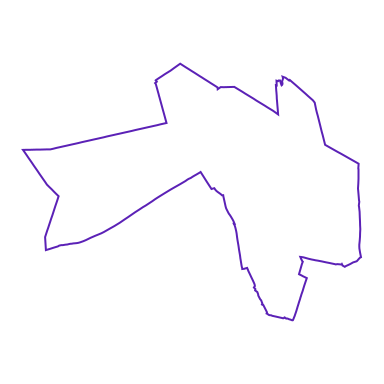 Coyotepec, México, Mexico (orthographic projection)
{"feature_id": "50627088B26424362645018", "entity_name": "Coyotepec", "entity_type": "district", "adm_level": 2, "iso_a3": "MEX", "parent_name": "Mexico", "parent_adm1": "México", "projection": "orthographic", "projection_center": [-99.22, 19.786], "detail": "fine", "context": "isolated", "style": "outline", "palette": "violet", "viewbox_px": 384, "rotation_deg": 0, "n_neighbors": 0, "source": "geoboundaries", "source_scale": "gbopen_adm2", "svg_char_len": 5844}
<svg xmlns="http://www.w3.org/2000/svg" viewBox="0 0 384 384"><path d="M267.0,312.3L266.6,313.5L267.7,314.0L268.3,314.6L268.8,314.9L269.8,315.2L271.2,315.3L272.2,315.8L275.9,316.6L278.5,317.2L282.0,318.0L283.1,318.3L283.5,318.2L283.8,318.1L284.1,317.8L284.5,317.4L284.8,317.5L285.1,317.9L285.8,318.4L286.4,318.6L286.8,318.4L287.1,318.5L287.9,318.7L288.4,318.9L289.2,319.3L290.0,319.5L290.5,319.6L291.3,320.0L291.9,320.2L292.6,320.3L292.9,320.2L293.1,319.6L293.3,319.2L293.6,318.7L294.0,317.4L294.4,316.7L296.0,312.0L296.5,310.5L296.9,309.0L297.1,308.6L297.3,307.7L298.5,303.9L299.0,302.2L300.1,298.9L300.4,297.7L300.8,296.5L301.0,296.0L301.1,295.5L301.5,294.2L302.0,292.8L302.5,291.4L302.6,291.1L303.0,289.8L303.1,289.4L303.3,288.8L303.4,288.4L303.6,287.8L304.2,285.8L304.4,285.2L306.8,278.1L302.9,276.2L301.1,275.2L300.2,274.8L300.0,274.7L299.3,274.4L299.0,274.2L299.6,272.1L301.1,266.9L301.9,264.1L302.8,261.7L302.2,261.1L302.1,260.7L301.2,259.1L300.3,256.9L301.2,257.0L302.6,257.2L303.7,257.4L308.3,258.7L311.7,259.5L313.8,259.9L315.6,260.3L317.6,260.6L321.8,261.4L325.9,262.3L329.0,262.9L335.1,264.2L335.7,264.4L336.4,264.3L337.2,264.1L337.8,264.2L338.2,264.2L340.4,264.4L341.4,264.5L341.6,264.5L341.7,264.4L341.9,264.1L342.3,264.9L342.5,265.5L344.8,266.8L345.4,266.4L346.0,266.0L347.8,265.2L350.1,264.1L353.3,262.3L354.1,262.1L355.0,261.8L356.6,261.3L357.1,260.9L358.9,258.8L359.4,258.3L359.9,257.7L360.4,257.5L360.8,257.3L361.0,257.2L360.1,252.8L359.7,250.4L359.4,248.5L359.3,246.6L359.3,245.4L359.3,244.7L359.7,240.8L360.0,236.8L360.1,233.0L360.3,229.2L360.1,225.3L360.0,221.4L359.8,217.2L359.6,211.8L359.0,206.5L358.8,205.9L359.0,204.0L359.3,201.8L359.0,200.2L358.9,198.9L358.6,195.3L358.3,191.8L358.0,188.5L358.3,183.7L358.5,178.8L358.5,175.5L358.5,172.3L358.5,169.0L358.3,168.8L358.3,168.3L358.6,164.2L358.6,163.7L355.6,162.0L352.6,160.3L349.6,158.6L346.6,156.9L343.6,155.2L340.6,153.5L337.6,151.9L334.6,150.2L331.6,148.5L328.6,146.8L325.6,145.1L325.1,144.8L324.3,141.6L323.5,138.4L322.7,135.2L321.8,132.0L321.0,128.8L320.2,125.5L319.4,122.3L318.6,119.1L317.8,115.9L316.9,112.7L316.1,109.5L315.4,106.0L314.7,102.6L312.9,100.3L310.4,98.1L307.9,95.9L305.5,93.7L303.0,91.5L300.5,89.3L298.0,87.1L295.5,84.9L291.3,81.3L289.7,79.9L289.3,80.2L289.1,80.5L286.1,78.2L285.6,77.8L282.6,76.7L282.9,77.7L283.0,78.7L282.9,79.0L282.1,81.5L282.2,82.2L282.4,82.8L282.5,83.8L282.4,84.2L282.1,84.9L281.6,85.3L281.3,84.6L280.9,83.5L280.5,82.1L280.1,80.5L279.3,80.5L278.9,80.4L278.5,80.6L278.3,81.0L278.0,81.2L277.4,81.0L276.5,80.7L276.7,85.4L275.9,85.2L276.1,88.2L276.1,88.4L276.3,91.2L276.4,91.9L276.7,95.8L276.8,98.4L276.8,98.7L277.0,100.7L277.4,105.6L277.8,110.2L278.0,113.3L278.1,114.4L273.1,110.8L270.3,109.1L267.5,107.4L264.7,105.6L261.9,103.9L259.1,102.2L256.3,100.5L253.6,98.7L250.8,97.0L248.0,95.3L245.2,93.6L242.4,91.8L239.6,90.1L234.3,86.9L234.1,86.9L230.6,87.0L227.1,87.1L223.6,87.2L220.7,87.1L217.7,89.2L217.6,87.9L217.5,87.4L214.4,85.4L211.2,83.4L208.1,81.4L204.9,79.4L201.8,77.4L201.5,77.2L200.0,76.3L197.2,74.5L194.4,72.7L191.5,70.9L188.7,69.1L185.8,67.3L183.0,65.5L180.2,63.7L177.1,65.9L174.0,68.1L170.9,70.4L169.7,71.2L169.0,71.6L168.8,71.7L167.6,72.5L167.2,72.7L166.1,73.4L164.8,74.2L161.7,76.3L158.6,78.3L155.8,80.2L155.7,80.3L156.8,81.7L155.1,83.1L155.8,84.0L157.0,88.3L158.2,92.7L158.5,93.7L159.2,96.5L159.3,96.7L160.2,100.0L161.1,103.3L162.0,106.6L162.9,109.9L163.8,113.1L164.7,116.4L165.6,119.7L166.5,123.0L163.3,123.7L160.2,124.4L157.1,125.2L153.9,125.9L150.8,126.6L147.6,127.3L144.5,128.0L141.4,128.7L138.2,129.4L135.1,130.1L131.9,130.9L128.8,131.6L125.6,132.3L122.5,133.0L119.4,133.7L116.2,134.4L113.1,135.1L109.9,135.8L106.8,136.5L103.7,137.3L100.5,138.0L97.4,138.7L94.2,139.4L91.1,140.1L88.0,140.8L84.8,141.5L81.7,142.2L78.5,143.0L75.4,143.7L72.2,144.4L69.1,145.1L66.0,145.8L62.8,146.5L59.7,147.2L56.5,147.9L53.4,148.7L50.3,149.4L46.9,149.4L43.5,149.5L40.1,149.6L36.6,149.6L33.2,149.7L29.8,149.8L26.4,149.8L23.0,149.9L24.9,152.6L26.7,155.2L28.5,157.9L30.4,160.6L32.2,163.2L34.0,165.9L35.9,168.6L37.7,171.2L39.5,173.9L41.4,176.6L43.2,179.2L45.1,181.9L46.9,184.6L49.2,186.9L51.6,189.2L53.9,191.6L56.2,193.9L58.6,196.2L57.5,199.7L56.4,203.0L55.3,206.2L54.3,209.3L53.3,212.4L52.3,215.5L51.2,218.6L50.2,221.7L49.2,224.7L48.2,227.8L47.1,230.9L46.1,234.0L45.1,237.1L45.3,240.4L45.5,243.6L45.7,246.9L45.9,250.1L49.9,248.9L53.9,247.6L57.9,246.4L59.2,245.6L61.4,245.1L63.0,245.1L65.3,244.7L67.3,244.5L68.9,244.1L70.2,243.8L71.8,243.7L73.4,243.4L74.8,243.3L76.8,243.1L78.5,242.8L80.2,242.3L83.3,241.2L85.9,240.1L90.6,237.8L95.2,235.8L98.4,234.5L101.3,233.3L103.9,232.0L110.2,228.4L114.3,226.1L119.7,222.8L124.5,219.5L128.1,217.1L135.2,212.2L139.4,209.5L143.0,207.1L145.6,205.6L152.3,201.2L155.1,199.2L158.2,197.2L164.0,193.6L170.4,189.7L173.7,187.8L179.9,184.3L183.3,182.3L185.5,181.0L187.0,179.9L188.6,178.9L190.7,178.0L192.5,176.8L194.5,175.6L196.3,174.6L199.7,172.6L200.6,172.0L203.6,176.7L206.5,181.3L211.5,189.0L214.3,188.2L215.3,189.7L216.5,191.0L217.9,192.1L220.3,193.8L221.4,194.7L222.0,195.3L223.2,195.2L223.4,196.5L224.0,199.2L225.6,206.5L225.7,206.8L225.9,207.6L226.2,208.5L226.5,209.1L227.9,211.9L228.8,213.6L230.0,215.2L231.2,217.1L231.9,218.3L232.5,219.3L233.5,221.2L234.2,222.9L234.6,223.8L233.8,223.8L234.0,224.3L234.5,224.9L234.9,226.1L235.2,227.1L235.6,228.6L236.2,231.2L236.6,233.4L237.1,237.4L237.5,240.1L238.4,245.3L238.7,247.3L239.0,249.5L240.0,255.3L240.4,258.5L240.6,259.6L241.3,264.0L241.7,266.4L242.3,268.8L242.3,269.0L243.0,268.9L243.8,268.9L247.1,267.9L247.8,269.5L248.4,271.1L249.9,274.2L251.3,277.2L252.8,280.3L254.2,283.4L254.6,284.5L254.8,285.6L254.9,286.0L253.9,287.5L255.4,289.1L255.1,290.4L257.3,292.0L258.1,294.2L258.3,295.6L260.1,299.1L261.2,300.4L261.9,302.3L262.1,302.7L262.4,303.6L261.9,304.3L262.3,304.8L263.3,305.0L266.7,311.7L267.0,312.3Z" fill="none" stroke="#5b21b6" stroke-width="2"/></svg>